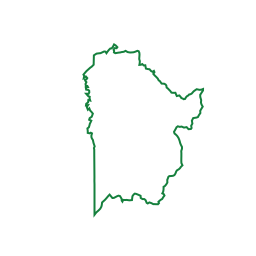 the district of Mallet, Paraná, Brazil, rotated 229°
{"feature_id": "56859067B70608233597047", "entity_name": "Mallet", "entity_type": "district", "adm_level": 2, "iso_a3": "BRA", "parent_name": "Brazil", "parent_adm1": "Paraná", "projection": "orthographic", "projection_center": [-50.854, -25.87], "detail": "fine", "context": "isolated", "style": "outline", "palette": "green", "viewbox_px": 256, "rotation_deg": 229, "n_neighbors": 0, "source": "geoboundaries", "source_scale": "gbopen_adm2", "svg_char_len": 3248}
<svg xmlns="http://www.w3.org/2000/svg" viewBox="0 0 256 256"><g transform="rotate(229 128 128)"><path d="M91.7,159.8L93.3,159.5L94.9,160.2L96.2,163.9L96.7,165.0L96.6,166.7L94.9,167.8L93.9,169.4L91.6,170.5L90.2,172.8L87.4,172.9L86.0,174.8L86.3,176.0L88.2,177.1L89.1,179.5L91.6,181.0L92.7,183.7L90.9,186.6L90.4,188.0L91.1,189.7L91.8,192.4L93.6,193.8L94.5,196.4L95.1,198.4L97.5,198.9L99.3,199.7L101.0,201.5L104.0,202.9L105.7,204.3L107.1,209.2L108.2,210.2L108.8,208.5L110.0,206.9L112.2,205.3L112.4,203.9L112.6,201.6L112.2,198.7L112.5,197.3L113.2,196.1L113.0,194.8L113.3,193.4L113.1,191.7L112.5,190.2L113.2,188.9L114.4,188.6L115.6,187.9L116.7,188.1L118.9,188.1L120.1,185.8L121.8,186.3L123.5,186.9L124.3,185.9L125.2,184.9L126.2,184.0L128.3,184.2L129.5,184.1L131.8,184.0L133.2,183.7L134.9,184.8L136.2,184.9L137.6,184.4L139.5,182.5L141.5,182.7L142.7,182.8L143.8,182.4L145.8,182.9L148.3,182.8L150.2,182.6L152.2,182.6L152.8,184.6L154.1,185.0L154.3,183.4L155.8,182.8L158.2,182.8L159.5,181.6L161.1,180.5L164.0,182.2L164.9,180.9L166.9,180.7L167.2,179.3L168.2,178.0L169.2,179.3L170.7,180.8L172.7,181.7L175.8,184.8L177.3,185.9L179.0,186.4L180.1,185.7L180.7,183.8L181.5,181.9L182.6,180.4L183.6,179.1L185.6,177.5L187.8,176.8L188.3,174.8L189.6,172.8L190.1,171.7L191.1,170.3L192.8,167.5L194.3,167.0L195.2,168.1L196.4,168.4L197.1,170.2L195.7,171.7L196.0,173.0L198.3,172.9L200.2,172.3L199.3,170.1L198.8,168.0L199.6,166.8L199.5,164.9L199.1,162.8L198.6,160.8L200.4,161.1L201.4,160.2L202.5,156.4L203.9,154.4L204.8,153.0L205.2,149.9L198.3,143.6L198.1,140.8L198.3,139.1L198.2,134.0L197.9,131.8L197.5,129.4L196.0,129.1L194.8,127.5L194.5,130.0L192.4,130.0L192.0,128.6L192.7,127.1L191.3,126.7L189.9,126.7L189.1,124.8L187.5,123.9L186.4,124.9L185.1,124.6L186.4,122.8L184.4,121.6L182.9,122.9L181.7,123.2L180.3,122.2L179.7,120.7L181.3,118.9L178.1,118.9L176.7,119.6L175.7,118.5L173.5,117.5L175.1,116.4L173.5,114.6L173.7,112.4L172.6,111.1L171.5,112.8L170.9,110.7L169.6,110.2L168.1,109.7L168.2,111.7L166.0,110.9L164.0,111.0L161.9,110.9L160.3,108.0L160.6,105.6L159.7,104.1L157.6,105.1L156.9,103.6L156.2,101.9L155.3,100.7L154.2,98.9L154.3,97.1L152.2,95.7L150.7,94.4L149.2,95.5L148.9,96.8L147.6,97.3L146.3,95.4L145.1,94.4L143.8,93.9L141.9,93.6L139.4,92.2L136.0,90.8L135.2,89.1L133.9,88.4L128.9,84.1L113.0,70.5L110.2,68.0L107.4,65.7L84.5,45.8L85.1,48.7L85.1,51.7L85.3,54.1L86.1,56.3L87.1,57.7L88.8,59.6L88.9,63.6L89.2,65.9L89.6,68.3L89.8,70.4L85.4,70.3L84.5,71.5L83.6,75.3L83.1,76.5L81.8,77.3L78.7,76.7L77.3,75.6L76.1,75.5L76.9,77.2L75.5,78.6L74.6,79.8L72.5,81.6L71.0,83.7L73.6,86.6L74.1,88.7L74.0,90.1L72.8,91.0L70.4,92.2L68.6,93.0L66.8,91.7L64.9,92.3L63.6,93.7L61.9,93.9L59.3,93.0L58.1,93.4L57.8,95.3L55.9,96.4L54.0,97.1L53.0,98.2L50.8,100.6L51.0,102.1L52.3,102.5L52.4,103.9L52.3,105.8L52.0,107.2L52.7,109.3L53.1,111.2L54.7,111.6L56.1,111.0L56.8,112.7L58.2,114.4L60.3,116.3L60.0,117.6L60.3,119.7L61.0,121.9L63.1,123.6L63.8,125.0L64.6,126.3L64.6,127.6L63.5,129.0L62.4,130.6L62.0,132.1L62.5,133.9L63.6,135.9L63.9,137.2L63.5,139.4L63.6,141.0L64.0,142.6L64.1,144.6L66.5,145.3L67.9,146.4L69.4,147.7L71.4,149.5L73.9,151.7L75.7,153.1L76.9,155.1L78.3,156.3L80.7,156.9L82.4,157.5L84.2,158.4L85.9,159.1L87.5,159.6L89.7,159.9L91.7,159.8Z" fill="none" stroke="#15803d" stroke-width="2"/></g></svg>